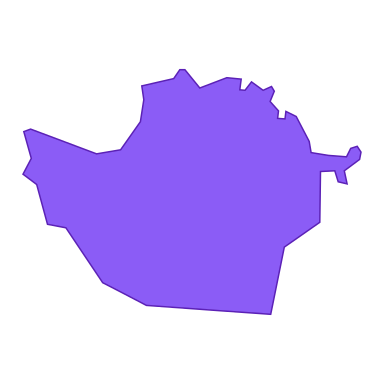 outline of Wulu, Lakes, South Sudan
{"feature_id": "79223893B61000747889625", "entity_name": "Wulu", "entity_type": "district", "adm_level": 2, "iso_a3": "SSD", "parent_name": "South Sudan", "parent_adm1": "Lakes", "projection": "albers", "projection_center": [29.335, 6.219], "detail": "fine", "context": "isolated", "style": "filled", "palette": "violet", "viewbox_px": 384, "rotation_deg": 0, "n_neighbors": 0, "source": "geoboundaries", "source_scale": "gbopen_adm2", "svg_char_len": 756}
<svg xmlns="http://www.w3.org/2000/svg" viewBox="0 0 384 384"><path d="M357.2,146.3L350.7,148.4L346.5,156.8L328.4,155.4L311.1,152.6L309.2,141.4L296.2,116.5L285.9,111.4L285.0,118.9L277.6,118.4L278.5,110.9L270.1,101.5L274.3,91.2L271.5,86.5L263.1,90.3L251.5,81.9L245.0,90.3L239.8,89.8L241.2,79.1L226.8,77.7L199.8,88.0L184.9,69.7L179.8,69.7L173.7,78.6L141.8,85.9L143.8,99.7L140.4,121.7L120.6,149.8L96.9,153.8L96.7,153.9L30.6,129.1L23.8,131.6L31.3,158.4L23.0,174.2L29.8,179.3L36.7,184.5L47.5,224.3L65.9,227.8L102.7,282.7L120.0,291.6L146.4,305.4L218.3,310.6L270.7,314.3L272.3,306.5L284.3,247.1L319.8,222.3L320.5,171.5L334.8,170.8L338.2,181.8L347.1,183.9L344.3,170.8L359.6,159.4L361.0,152.1L357.2,146.3Z" fill="#8b5cf6" stroke="#5b21b6" stroke-width="1.5"/></svg>